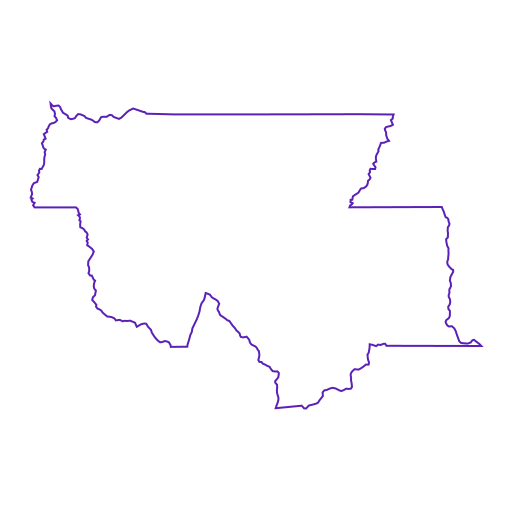 Buritis, Rondônia, Brazil
{"feature_id": "56859067B51583375651636", "entity_name": "Buritis", "entity_type": "district", "adm_level": 2, "iso_a3": "BRA", "parent_name": "Brazil", "parent_adm1": "Rondônia", "projection": "orthographic", "projection_center": [-63.964, -10.088], "detail": "fine", "context": "isolated", "style": "outline", "palette": "violet", "viewbox_px": 512, "rotation_deg": 0, "n_neighbors": 0, "source": "geoboundaries", "source_scale": "gbopen_adm2", "svg_char_len": 5234}
<svg xmlns="http://www.w3.org/2000/svg" viewBox="0 0 512 512"><path d="M34.6,207.4L76.0,207.4L77.7,209.0L78.2,210.7L78.6,212.7L79.9,214.4L78.1,215.2L79.5,216.5L80.0,218.2L79.4,220.2L80.6,221.3L80.1,224.5L80.3,227.3L82.5,228.2L84.4,229.8L85.1,231.4L86.5,232.3L87.6,234.5L86.7,237.8L88.0,239.4L86.7,240.9L87.7,242.6L87.2,245.3L88.7,246.2L92.1,248.9L93.8,251.5L92.5,254.8L88.3,261.3L88.1,265.3L89.1,267.3L89.2,271.1L88.5,273.2L90.1,275.5L91.8,275.6L92.7,277.4L93.7,279.6L95.1,280.7L94.2,282.8L93.7,286.4L94.3,288.7L95.9,290.6L95.4,293.1L95.0,295.2L92.9,297.3L92.2,299.9L94.3,302.2L96.4,304.9L96.0,306.6L97.5,308.6L99.5,309.4L101.3,310.6L102.7,312.7L107.2,316.5L109.4,316.7L111.9,317.2L114.4,318.4L115.9,320.4L117.8,320.1L119.8,319.9L122.8,321.3L124.6,320.8L126.9,321.0L130.3,320.7L131.8,321.4L133.4,322.0L135.1,322.8L135.9,324.8L136.8,326.8L139.5,325.2L141.5,324.1L144.6,323.5L146.3,323.8L148.0,326.7L151.0,329.9L151.8,332.6L154.3,336.5L156.4,339.1L158.3,341.0L160.2,342.3L162.4,342.0L164.6,341.1L166.8,341.4L168.9,342.3L170.5,345.0L170.8,346.9L187.3,346.7L187.6,344.3L188.3,342.3L189.5,338.2L190.3,335.1L191.8,331.9L192.4,328.3L193.4,326.3L197.0,318.8L198.3,315.4L199.6,311.1L199.9,309.1L200.4,306.7L201.6,303.2L203.7,300.4L204.4,298.8L205.7,293.0L207.9,293.8L210.0,294.7L211.8,297.3L213.4,298.3L215.8,299.6L217.7,301.0L219.2,303.7L217.9,307.2L217.4,308.7L217.8,310.3L219.0,312.0L219.6,313.9L220.4,315.3L222.2,316.4L225.9,319.0L227.5,320.4L229.3,320.9L232.4,325.3L235.2,328.5L236.4,330.4L237.8,331.6L239.6,333.4L240.1,335.4L240.8,336.9L243.1,337.4L246.6,336.7L248.2,338.5L249.3,340.0L249.9,342.4L251.4,344.5L255.3,346.4L256.5,347.5L257.8,349.8L258.9,351.2L259.4,355.1L259.1,357.1L258.3,360.0L259.4,361.9L261.5,362.0L262.7,363.6L264.9,364.5L267.3,365.9L269.6,366.8L270.6,368.6L272.6,371.1L275.1,371.5L277.4,371.4L278.8,372.9L278.7,374.9L278.2,377.4L276.5,379.6L275.3,380.9L275.2,382.6L277.0,384.7L277.2,386.8L277.1,388.5L276.9,390.2L277.0,392.8L278.4,397.6L278.4,399.8L277.6,402.9L276.9,404.5L275.7,408.2L301.7,405.7L303.0,407.1L304.1,408.4L306.0,408.5L307.8,406.7L308.9,405.5L312.0,404.8L316.2,403.6L317.8,402.9L319.8,399.9L322.9,396.0L322.6,392.4L324.3,390.4L326.9,389.9L328.5,389.1L330.0,388.5L332.4,387.8L335.1,388.3L336.9,389.1L339.8,390.6L341.5,391.0L343.9,390.0L346.3,388.6L348.1,389.0L350.8,388.7L352.0,386.9L351.6,383.0L351.0,380.3L351.1,377.8L350.7,375.7L350.7,374.0L351.8,371.8L354.5,369.2L358.6,369.6L361.1,368.2L363.7,366.4L365.8,364.6L368.6,364.6L369.0,362.5L368.0,359.5L367.7,357.1L367.5,354.5L368.6,353.0L369.2,350.0L369.6,347.5L369.7,344.3L371.8,344.7L374.0,345.4L376.1,346.1L378.2,344.6L380.6,345.0L383.5,343.8L385.2,343.8L386.5,345.8L481.3,346.0L479.4,344.0L473.9,339.8L472.4,340.3L470.7,342.5L467.5,343.6L461.2,343.0L459.3,341.3L457.4,336.2L456.5,333.6L455.7,331.0L454.3,328.4L451.8,326.2L449.0,326.5L447.3,325.4L446.1,323.4L445.6,321.8L446.3,320.1L449.0,318.0L449.8,316.0L449.9,313.9L449.9,310.9L448.4,308.9L448.2,306.7L449.7,304.5L450.2,302.2L450.0,299.4L448.7,296.8L448.7,295.0L449.5,292.8L449.3,291.1L449.4,289.2L450.3,287.8L451.0,286.0L450.8,283.2L449.9,280.6L450.3,277.3L451.4,275.1L453.2,271.8L453.1,269.9L451.6,269.2L449.4,266.9L447.7,264.7L447.2,262.4L447.6,260.6L448.2,259.0L448.2,257.0L448.6,253.6L448.4,250.7L448.5,248.2L447.2,245.9L446.4,242.1L446.1,239.3L447.9,237.3L447.9,235.4L448.0,233.0L447.6,230.8L447.9,227.0L448.9,225.9L449.5,223.9L448.5,221.2L448.4,219.4L447.3,217.9L445.7,217.2L444.7,214.7L443.9,211.9L442.6,209.1L441.8,207.0L351.4,207.3L349.5,207.3L350.1,205.5L351.7,204.5L352.7,203.2L350.5,202.2L350.6,199.8L352.3,199.7L352.9,196.4L354.6,195.1L358.4,192.7L360.1,189.8L361.1,188.5L363.7,188.1L366.1,186.5L367.3,184.8L367.8,183.0L368.0,180.9L369.8,179.2L370.5,177.7L369.5,175.8L368.6,174.1L370.0,172.3L369.7,170.4L370.5,168.8L372.4,169.0L375.1,169.0L375.5,167.2L374.4,165.7L373.2,163.8L374.5,162.4L376.3,161.6L375.9,158.8L375.9,156.8L376.5,154.9L378.5,151.3L378.3,149.5L379.6,146.7L381.0,142.9L384.2,142.7L386.4,141.6L389.0,140.9L387.4,138.8L386.2,135.4L386.1,132.4L385.1,130.3L384.8,128.7L386.2,127.0L390.6,126.0L392.9,124.8L390.9,120.1L392.8,118.5L392.8,116.6L393.6,114.5L360.7,114.2L309.7,114.3L251.2,114.4L239.1,114.4L175.8,114.4L174.2,114.4L146.4,113.7L144.8,112.1L143.1,111.9L133.2,108.5L129.1,110.5L126.8,112.3L121.5,117.5L119.0,118.9L113.7,117.0L111.9,115.2L109.6,114.9L106.6,116.8L102.4,116.8L101.0,117.3L99.2,120.5L97.4,122.3L94.9,122.1L92.7,120.4L90.8,119.4L88.0,118.6L85.9,117.8L84.4,116.0L80.3,114.3L78.1,114.1L76.1,116.2L75.3,117.7L73.9,118.6L70.8,119.2L68.2,117.9L67.7,115.7L65.2,114.0L63.0,112.8L61.0,109.3L60.1,107.0L58.5,105.5L55.5,105.9L53.7,106.3L52.2,105.3L50.6,103.5L51.0,106.8L51.6,108.7L54.4,111.3L55.0,114.1L54.5,116.2L56.1,118.0L57.1,120.3L55.4,122.1L53.5,123.0L51.5,123.4L49.8,124.4L48.8,126.2L48.0,128.3L46.6,129.8L47.2,131.8L43.8,134.1L45.6,138.7L43.8,139.6L43.3,141.7L41.9,143.2L42.9,145.9L43.3,147.5L44.3,148.8L45.8,149.6L44.6,152.1L45.2,154.2L44.3,157.8L44.2,160.4L44.2,163.1L43.7,165.2L41.6,169.0L39.9,168.8L39.0,170.6L39.3,172.5L37.5,175.1L38.7,177.1L38.1,179.0L37.2,181.9L33.8,183.2L32.3,185.6L31.0,189.8L31.8,191.8L32.1,194.0L30.7,197.7L32.6,198.5L31.4,199.7L32.3,201.8L34.6,202.9L33.1,205.3L34.6,207.4Z" fill="none" stroke="#5b21b6" stroke-width="2"/></svg>